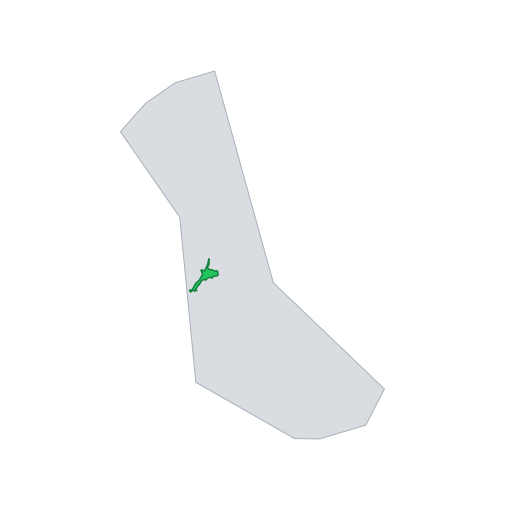 Hagåtña, Guam (highlighted), rotated 300°
{"feature_id": "77769853B92026365900832", "entity_name": "Hagåtña", "entity_type": "district", "adm_level": 2, "iso_a3": "GUM", "parent_name": "Guam", "parent_adm1": "", "projection": "mercator", "projection_center": [144.749, 13.472], "detail": "fine", "context": "in_parent", "style": "filled", "palette": "green", "viewbox_px": 512, "rotation_deg": 300, "n_neighbors": 0, "source": "geoboundaries", "source_scale": "gbopen_adm2", "svg_char_len": 914}
<svg xmlns="http://www.w3.org/2000/svg" viewBox="0 0 512 512"><g transform="rotate(300 256 256)"><path d="M205.0,433.8L164.5,435.6L129.4,402.6L117.1,380.5L116.5,267.1L251.5,170.5L295.9,76.4L332.9,84.0L365.7,99.4L395.5,127.7L241.5,284.4L205.0,433.8Z" fill="#d9dde1" stroke="#a8b0b8" stroke-width="1"/><path d="M229.7,216.6L226.0,217.9L223.5,218.5L217.5,218.9L217.3,218.9L216.8,215.8L215.8,215.7L213.6,218.9L206.9,219.0L202.0,217.5L196.4,217.6L194.9,218.0L194.2,216.4L193.0,215.7L192.3,216.6L192.4,217.7L195.4,218.6L194.8,220.5L195.9,221.1L196.3,221.7L196.6,220.7L201.6,220.4L202.7,221.3L206.9,221.1L208.3,221.6L210.0,223.2L209.9,224.4L210.3,224.5L213.3,225.6L214.2,226.2L215.0,229.2L216.7,228.9L218.9,231.8L220.4,232.7L223.2,230.8L223.7,229.8L222.0,227.1L222.3,225.7L220.9,222.2L221.2,221.5L221.3,221.4L221.4,219.7L225.1,219.5L229.7,217.2L229.7,216.6Z" fill="#22c55e" stroke="#15803d" stroke-width="1.5"/></g></svg>